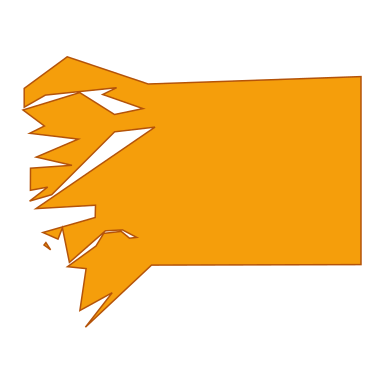 map outline of Qeqqata Kommunia (Mercator projection)
{"feature_id": "GRL-2741", "entity_name": "Qeqqata Kommunia", "entity_type": "state/province", "adm_level": 1, "iso_a3": "GRL", "parent_name": "Greenland", "parent_adm1": "", "projection": "mercator", "projection_center": [-52.028, 66.171], "detail": "coarse", "context": "isolated", "style": "filled", "palette": "amber", "viewbox_px": 384, "rotation_deg": 0, "n_neighbors": 0, "source": "natural_earth", "source_scale": "10m", "svg_char_len": 692}
<svg xmlns="http://www.w3.org/2000/svg" viewBox="0 0 384 384"><path d="M85.4,327.2L112.2,292.7L79.9,310.5L86.1,268.6L67.5,266.7L96.0,246.0L103.7,233.4L121.2,231.4L129.5,238.2L136.7,237.4L122.5,229.9L105.4,230.8L69.4,262.4L62.4,227.8L58.0,239.1L42.9,232.5L95.2,217.5L95.5,205.2L36.0,208.6L155.0,127.1L114.6,131.8L51.7,194.7L29.6,201.1L47.7,187.1L30.4,190.3L30.5,168.2L72.0,165.3L36.2,157.1L78.3,139.1L29.7,133.3L44.4,126.0L23.0,110.0L79.7,92.6L114.5,114.5L143.0,108.6L102.7,94.5L116.6,87.7L45.4,95.1L24.2,107.2L24.2,88.4L67.2,56.8L148.2,84.0L361.0,76.6L361.0,264.6L151.5,265.1L85.4,327.2ZM45.9,242.6L50.6,249.8L44.0,245.0L45.9,242.6Z" fill="#f59e0b" stroke="#b45309" stroke-width="1.5"/></svg>